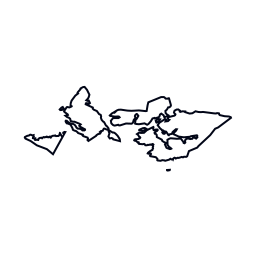 outline of Hoonah-Angoon, Alaska, United States of America, rotated 159°
{"feature_id": "52423323B82121365400499", "entity_name": "Hoonah-Angoon", "entity_type": "district", "adm_level": 2, "iso_a3": "USA", "parent_name": "United States of America", "parent_adm1": "Alaska", "projection": "equal_earth", "projection_center": [-135.122, 58.217], "detail": "fine", "context": "isolated", "style": "outline", "palette": "ink", "viewbox_px": 256, "rotation_deg": 159, "n_neighbors": 0, "source": "geoboundaries", "source_scale": "gbopen_adm2", "svg_char_len": 5926}
<svg xmlns="http://www.w3.org/2000/svg" viewBox="0 0 256 256"><g transform="rotate(159 128 128)"><path d="M82.9,80.4L79.4,84.6L70.3,84.9L68.9,85.8L53.8,91.9L46.9,96.1L43.7,96.2L28.2,100.6L28.2,101.3L29.7,102.6L33.6,104.4L37.6,107.1L38.0,107.9L37.8,109.0L38.2,109.3L39.6,110.0L40.5,110.0L42.0,110.6L52.2,116.1L54.3,116.7L56.5,117.7L59.0,119.4L62.6,118.7L65.3,119.4L68.9,122.3L68.6,122.9L71.3,124.1L73.4,124.3L73.8,124.8L73.3,125.6L74.4,127.3L76.0,127.8L78.3,127.5L79.5,126.1L79.4,125.1L78.8,123.8L79.4,123.1L80.4,122.9L86.7,123.7L87.4,122.3L87.3,121.6L86.5,120.8L88.2,120.1L90.6,120.7L89.6,121.7L89.4,122.3L89.7,122.8L90.5,123.0L96.7,121.7L99.3,120.0L98.1,115.9L97.2,114.5L97.2,113.9L96.0,113.1L95.5,112.1L93.7,110.9L92.8,106.8L92.4,106.6L91.7,107.2L89.1,106.8L88.6,107.2L88.1,108.0L86.6,108.7L83.7,109.7L82.9,109.3L84.1,108.3L87.0,107.0L87.7,106.2L87.6,105.8L83.7,101.8L79.2,99.3L73.2,97.6L72.3,97.8L66.3,96.5L66.1,95.8L66.8,94.8L66.7,94.4L68.2,93.7L69.0,94.6L68.9,95.1L69.6,95.6L71.0,95.5L71.8,94.9L73.9,95.4L75.7,96.7L77.4,96.9L79.1,96.1L79.5,95.2L79.7,93.9L80.7,93.5L81.4,94.1L81.3,95.2L82.5,99.2L86.2,100.4L91.8,103.1L93.0,103.2L95.4,102.9L97.1,98.1L96.4,95.4L95.5,94.4L95.0,93.2L95.7,93.1L96.6,93.4L98.8,95.3L99.2,95.9L99.4,99.4L97.7,100.3L99.3,101.8L100.6,103.6L100.6,105.0L104.3,109.2L103.7,111.3L104.2,112.7L104.9,113.0L105.0,113.9L103.0,114.8L102.1,114.8L101.0,115.4L101.0,115.9L101.4,116.2L103.2,116.7L104.1,116.2L104.8,116.8L104.8,118.4L103.9,119.6L104.0,119.9L111.2,119.2L114.8,117.8L117.6,118.7L119.3,119.7L121.0,119.3L121.8,119.1L120.9,117.6L120.8,115.9L120.0,115.1L120.0,114.6L120.8,114.1L122.3,114.0L125.3,114.9L126.1,114.8L126.6,114.2L126.1,113.6L125.0,113.0L124.3,111.4L123.2,110.9L123.2,110.3L123.7,109.9L123.4,109.2L120.1,107.6L118.7,107.4L118.3,107.0L118.0,105.7L116.5,105.1L115.5,105.2L114.7,104.7L113.2,104.7L112.5,104.0L111.2,104.3L110.6,104.2L110.2,103.4L111.2,102.5L111.2,101.6L111.9,101.0L112.0,99.8L112.9,99.3L113.1,98.8L115.7,98.5L118.2,97.7L118.7,97.2L118.0,96.6L116.6,96.6L115.9,96.1L115.8,95.5L117.4,94.3L117.3,93.7L112.5,90.8L111.6,88.7L112.2,87.4L112.0,87.1L109.3,85.7L107.5,85.7L105.6,84.7L105.1,84.1L101.0,83.7L99.5,84.1L98.8,83.1L97.9,83.1L97.4,82.9L97.3,82.4L96.3,83.4L95.2,83.6L94.2,82.7L94.2,82.4L92.2,82.4L91.4,81.9L88.1,81.7L87.2,80.9L86.0,81.1L84.0,80.2L82.9,80.4ZM149.3,127.1L148.8,124.8L146.9,124.5L146.0,123.6L145.9,122.7L140.2,118.6L139.7,120.6L140.5,124.5L141.8,127.5L142.9,128.9L144.0,129.3L146.7,132.9L146.8,133.6L146.3,134.6L147.0,137.1L147.7,138.2L148.2,142.0L148.9,142.9L149.7,145.1L149.6,147.4L148.9,148.5L148.8,150.1L150.0,151.3L151.0,155.0L153.4,157.4L154.0,158.7L153.5,159.7L159.0,165.3L158.5,166.1L158.2,166.2L156.6,165.4L156.6,164.6L155.5,164.6L154.6,164.9L154.8,167.6L156.0,167.8L157.0,168.8L154.9,169.8L153.7,170.8L152.1,172.9L152.6,178.3L153.8,181.9L155.2,182.3L157.8,182.0L158.3,181.8L158.4,181.3L162.0,179.4L162.6,178.8L162.3,178.1L165.6,177.1L170.8,173.8L172.5,171.8L173.6,169.6L172.8,168.5L173.1,168.3L175.3,168.2L177.3,169.4L177.9,169.3L181.7,166.6L181.6,165.8L179.4,162.3L179.4,161.7L182.0,161.9L180.9,160.0L179.6,158.9L178.7,157.4L179.0,155.0L176.8,153.4L175.8,153.1L171.7,149.3L170.9,148.3L172.7,147.5L172.5,146.7L168.6,142.1L168.8,141.6L169.7,141.4L171.4,142.1L171.9,143.2L172.7,144.2L175.3,145.6L176.0,147.0L176.1,148.3L176.7,150.2L177.6,151.3L179.9,152.7L181.7,154.6L181.9,155.4L182.6,156.7L183.5,157.1L183.7,156.9L183.9,156.4L183.8,155.2L183.3,154.1L182.7,153.9L180.4,151.7L179.9,147.4L180.1,146.1L178.9,144.7L177.8,144.0L176.6,142.1L176.4,141.2L172.6,138.0L173.1,137.5L172.7,136.5L169.2,133.5L169.1,132.4L170.1,131.3L169.6,130.1L160.6,132.1L160.2,132.5L158.5,133.0L156.0,132.8L154.9,133.7L155.5,134.4L154.5,134.8L152.6,134.5L150.9,136.0L150.0,135.8L148.9,134.6L146.7,132.9L147.3,131.7L147.2,129.7L149.3,127.1ZM134.5,147.9L134.2,147.5L135.2,147.1L136.0,147.6L137.7,147.4L140.5,146.2L140.3,145.7L136.1,143.3L133.0,142.3L132.3,141.8L132.0,141.0L133.3,140.7L138.4,142.6L141.4,140.9L141.9,138.3L141.0,136.3L140.4,135.6L139.5,135.0L135.9,134.5L135.4,133.6L134.5,133.3L128.2,132.9L123.0,130.7L121.5,131.2L119.8,133.4L118.0,134.5L117.3,135.3L117.3,136.6L116.6,137.4L115.1,138.0L114.5,137.6L114.0,135.6L116.4,133.6L118.2,132.7L119.8,129.6L118.9,128.8L116.4,127.6L110.9,126.4L109.0,124.2L107.5,124.4L104.1,126.2L101.7,128.1L99.6,127.9L99.5,127.3L95.6,127.1L94.7,127.3L93.3,129.1L91.8,129.5L90.2,127.1L90.2,125.0L85.8,124.9L85.6,125.1L86.8,126.7L87.5,128.5L87.0,130.5L85.0,131.3L83.1,132.9L81.9,132.5L80.5,133.0L79.8,133.8L79.7,134.4L79.1,141.0L79.7,141.3L80.6,141.2L82.4,142.0L82.8,143.2L83.4,144.0L85.9,145.0L99.8,144.7L101.5,142.3L104.5,137.2L105.4,137.4L111.5,140.5L118.6,142.8L122.4,144.5L128.1,147.7L130.3,148.4L131.9,148.4L134.5,147.9ZM227.8,156.0L227.5,154.8L223.6,150.8L219.3,144.5L211.3,137.3L207.4,130.4L191.6,143.7L192.7,143.7L193.3,147.0L193.2,147.5L193.4,147.7L194.7,145.9L195.8,145.5L198.2,146.3L198.7,147.2L199.3,147.1L201.0,147.7L202.2,147.6L203.6,146.7L203.9,147.0L203.7,147.7L203.9,148.0L205.9,147.9L206.3,148.6L207.1,148.7L207.2,149.1L209.2,149.1L209.7,149.7L210.3,149.8L211.9,149.2L212.4,150.0L214.2,150.3L215.3,150.0L216.1,149.0L217.3,149.7L219.0,150.1L219.1,150.7L218.6,150.9L218.3,151.6L219.3,151.8L220.4,152.6L220.1,153.2L219.0,153.8L219.1,154.4L218.7,155.2L220.0,155.4L221.2,156.6L221.9,156.8L223.1,156.5L225.0,156.8L227.5,156.5L227.8,156.0ZM111.2,120.7L112.3,122.0L114.1,122.5L118.1,122.3L118.3,121.9L115.9,120.2L114.8,120.0L113.3,120.0L111.2,120.7ZM96.4,123.5L94.9,124.6L96.2,125.4L97.3,125.6L99.5,124.9L99.6,123.1L99.4,122.8L99.1,122.8L96.4,123.5ZM181.1,169.5L181.4,171.0L182.7,170.9L185.1,169.8L184.8,169.0L183.2,168.5L182.2,168.7L181.1,169.5ZM95.2,110.2L97.3,111.9L97.6,111.6L97.2,110.2L96.4,109.6L95.5,109.7L95.2,110.2ZM188.0,146.7L188.7,147.1L190.1,146.9L190.3,146.5L190.0,146.0L190.3,144.8L188.0,146.7ZM104.0,74.0L106.6,74.8L106.7,74.5L106.1,74.0L104.2,73.7L104.0,74.0Z" fill="none" stroke="#020617" stroke-width="2"/></g></svg>